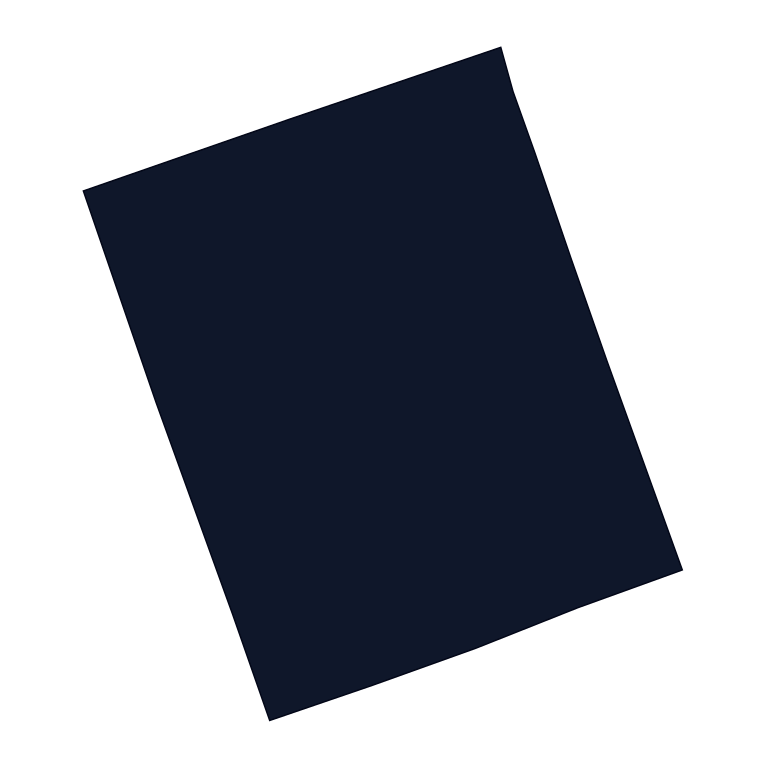 outline of Jackson, Michigan, United States of America, rotated 251°
{"feature_id": "52423323B91147156706901", "entity_name": "Jackson", "entity_type": "district", "adm_level": 2, "iso_a3": "USA", "parent_name": "United States of America", "parent_adm1": "Michigan", "projection": "equal_earth", "projection_center": [-84.434, 42.248], "detail": "fine", "context": "isolated", "style": "filled", "palette": "ink", "viewbox_px": 768, "rotation_deg": 251, "n_neighbors": 0, "source": "geoboundaries", "source_scale": "gbopen_adm2", "svg_char_len": 363}
<svg xmlns="http://www.w3.org/2000/svg" viewBox="0 0 768 768"><g transform="rotate(251 384 384)"><path d="M216.0,165.9L103.1,166.4L102.9,275.1L104.3,384.9L109.4,494.4L111.1,605.5L332.9,602.3L442.7,601.7L553.5,601.9L618.5,601.2L664.3,604.0L665.1,380.7L664.4,162.6L655.3,162.6L441.1,162.5L216.0,165.9Z" fill="#0f172a" stroke="#020617" stroke-width="1.5"/></g></svg>